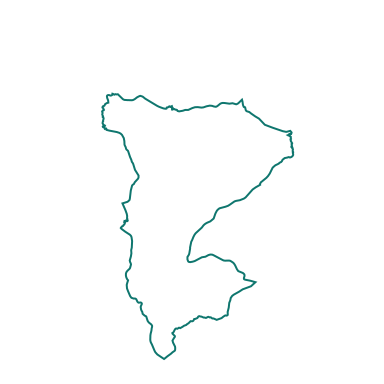 Nong Sung, Mukdahan, Thailand, rotated 238°
{"feature_id": "78962969B14563868158116", "entity_name": "Nong Sung", "entity_type": "district", "adm_level": 2, "iso_a3": "THA", "parent_name": "Thailand", "parent_adm1": "Mukdahan", "projection": "albers", "projection_center": [104.359, 16.434], "detail": "fine", "context": "isolated", "style": "outline", "palette": "teal", "viewbox_px": 384, "rotation_deg": 238, "n_neighbors": 0, "source": "geoboundaries", "source_scale": "gbopen_adm2", "svg_char_len": 6003}
<svg xmlns="http://www.w3.org/2000/svg" viewBox="0 0 384 384"><g transform="rotate(238 192 192)"><path d="M65.2,79.8L65.3,81.1L65.7,84.1L66.0,88.4L66.4,90.6L66.5,93.1L66.9,93.9L68.6,95.1L69.9,95.7L74.2,96.1L76.3,96.7L77.5,98.9L78.2,100.6L78.8,101.1L79.0,101.1L82.2,100.4L82.8,100.6L82.8,101.8L84.5,104.7L84.7,105.3L84.7,106.2L83.8,107.1L83.8,109.1L82.8,109.9L82.7,112.7L82.8,114.4L82.3,116.6L82.6,118.2L82.5,119.3L83.2,122.3L82.2,123.8L82.1,124.5L82.2,125.1L83.1,126.6L82.7,127.3L82.3,129.5L82.5,130.4L83.0,131.2L83.0,132.0L82.7,132.6L82.1,133.0L81.3,134.0L79.4,135.3L79.0,136.0L77.8,137.1L77.6,139.4L77.3,139.9L76.2,140.6L75.8,141.5L74.0,142.2L73.4,143.2L70.5,145.2L69.4,150.2L69.7,152.7L69.7,154.8L68.8,155.9L68.7,156.5L68.8,157.1L69.0,157.3L71.4,158.7L74.5,161.9L78.3,164.9L79.8,167.0L81.6,168.7L82.6,171.0L82.8,173.1L82.5,179.3L82.6,183.4L80.8,192.1L81.9,198.0L85.8,194.5L89.5,190.6L90.2,190.1L90.7,190.0L91.5,190.4L93.0,192.1L94.3,192.7L95.2,192.6L96.4,192.2L100.0,189.6L100.5,189.3L102.8,189.2L106.9,189.7L108.7,189.7L110.1,189.5L111.0,189.1L112.2,188.6L113.6,187.8L114.4,186.8L116.1,183.9L116.9,182.8L117.8,182.1L127.1,176.7L128.2,175.9L129.3,174.3L129.8,172.5L130.0,169.1L131.4,165.8L132.0,157.7L132.6,155.5L133.5,153.3L134.0,152.7L134.4,152.3L135.1,152.0L137.2,152.4L139.3,153.7L140.5,156.2L141.4,157.2L145.0,160.4L146.0,161.0L150.2,165.0L151.2,166.7L153.1,169.3L154.4,171.5L155.1,173.3L156.6,181.4L157.6,184.0L157.9,185.4L158.0,186.8L157.9,188.7L157.4,191.9L158.0,196.3L161.3,200.4L162.1,201.7L163.0,203.3L163.4,204.8L163.6,206.6L163.1,208.3L161.8,212.5L161.2,215.3L161.2,217.3L161.5,223.1L161.1,224.7L159.7,228.2L158.9,232.5L159.0,234.6L162.0,244.8L162.2,248.5L162.0,253.6L162.7,253.8L163.7,255.5L164.6,262.6L165.3,265.1L166.5,267.8L169.9,273.3L170.2,274.9L170.5,277.0L170.4,277.5L170.2,279.4L170.1,280.8L170.4,281.6L170.2,283.6L170.6,284.8L171.1,285.4L171.4,286.1L171.5,287.6L171.7,288.4L170.6,291.4L170.5,292.2L170.2,292.7L169.4,293.3L169.2,293.8L169.0,295.0L169.2,296.3L169.8,297.4L170.6,297.9L171.8,298.2L172.0,298.8L172.4,299.0L173.0,298.9L173.3,299.2L174.1,299.5L174.4,300.0L174.7,300.0L175.0,300.3L175.7,300.4L175.9,300.3L176.1,300.6L176.5,300.6L177.1,300.8L177.3,300.2L177.6,300.1L178.1,300.6L178.1,300.9L178.6,301.4L179.0,301.6L179.8,301.8L179.8,302.2L180.0,302.6L180.4,302.8L180.7,302.6L181.5,302.8L182.8,302.8L183.2,303.1L184.1,303.2L184.5,304.1L185.2,304.1L186.0,304.8L186.3,304.8L186.5,305.0L187.5,304.7L187.8,304.4L188.5,304.6L188.8,304.4L188.8,304.0L189.0,303.6L189.4,303.4L189.2,304.6L189.6,305.1L189.6,305.5L189.2,306.0L188.8,306.2L188.6,306.7L189.1,307.4L189.5,307.5L189.8,308.0L191.8,307.7L192.9,304.1L193.4,303.4L195.5,301.2L203.6,294.6L210.4,289.4L218.7,287.7L222.6,285.7L227.3,283.7L229.4,283.0L231.4,281.3L232.1,281.0L233.0,281.0L235.6,281.9L236.1,281.7L236.5,281.1L237.0,281.0L238.9,281.4L242.1,282.8L243.8,283.3L242.7,278.2L242.8,276.5L243.0,275.9L245.8,273.4L247.1,270.5L250.2,266.8L251.3,265.2L251.7,264.1L251.9,262.8L251.4,258.9L251.6,257.4L252.9,255.9L254.4,254.7L255.8,252.9L257.0,249.7L257.7,246.6L258.2,245.5L258.6,244.7L260.9,241.9L262.3,239.5L263.0,236.8L263.6,232.3L265.2,229.7L265.8,227.2L267.2,223.8L268.4,222.7L269.6,222.7L270.4,222.0L270.6,221.5L271.7,221.0L272.2,219.9L272.3,219.6L272.2,219.2L272.4,218.8L272.8,218.9L273.4,219.3L273.5,220.2L274.1,220.2L274.7,219.8L275.2,220.3L275.5,220.4L275.6,219.6L275.4,218.9L275.8,218.5L276.5,218.4L276.7,217.8L276.5,216.8L277.0,215.4L276.3,214.7L276.4,214.0L277.6,212.5L278.6,211.6L281.6,209.3L283.5,208.1L295.9,201.8L298.8,200.8L299.7,200.2L301.0,199.0L301.2,198.0L301.4,195.7L301.1,192.7L301.2,191.1L301.4,190.3L301.7,189.6L304.3,185.7L306.0,183.4L307.3,182.6L314.2,180.9L314.8,179.6L315.6,178.8L315.7,177.7L317.2,176.9L317.5,176.6L316.6,175.9L316.6,174.8L317.0,173.9L318.2,173.0L318.5,172.5L318.8,171.6L318.7,171.1L318.3,170.6L316.7,169.9L314.1,169.4L312.1,168.4L312.6,166.6L312.5,165.6L312.6,165.1L311.6,163.4L311.9,162.1L311.4,161.0L311.0,160.8L310.0,161.2L309.7,161.1L309.2,160.7L308.3,160.8L308.1,160.4L308.2,159.1L308.0,158.5L307.2,158.2L306.4,158.1L305.7,157.3L305.2,156.9L303.4,156.7L303.0,156.0L302.7,156.0L302.1,156.3L301.0,155.9L299.8,154.5L299.1,154.2L298.7,153.4L297.7,152.6L296.4,152.6L296.0,152.3L295.6,152.3L294.9,153.2L294.3,153.3L294.1,152.7L294.7,151.3L294.7,151.0L294.4,150.9L294.1,151.0L293.9,151.6L293.5,151.7L293.0,151.8L292.2,151.5L291.8,151.5L291.8,152.2L291.4,152.8L290.8,152.8L290.3,152.4L290.0,152.4L287.8,154.5L282.7,160.0L280.8,161.6L279.4,162.4L277.6,162.9L273.8,162.7L271.0,161.6L268.0,159.9L267.2,159.7L265.0,159.5L263.7,159.0L262.6,159.0L261.0,159.5L260.2,159.4L254.4,158.0L251.5,157.6L249.5,157.0L247.6,157.1L246.6,156.9L241.0,155.4L234.3,155.4L232.6,154.3L231.9,153.3L230.6,148.6L229.6,147.0L229.5,145.4L229.2,144.6L225.7,140.9L219.1,135.6L218.3,134.7L217.9,132.7L217.9,131.9L219.2,127.0L211.8,125.9L208.1,125.1L206.0,124.3L204.0,122.9L203.2,122.9L202.7,122.3L201.8,122.3L201.7,122.1L202.7,121.3L202.5,121.1L202.0,121.0L202.4,120.3L202.0,119.6L202.3,119.5L203.0,119.8L203.2,119.5L202.9,119.3L202.3,119.3L202.3,118.5L201.4,118.5L201.0,118.4L200.3,117.3L200.2,116.3L199.8,115.7L199.9,114.3L199.6,113.8L199.5,112.9L199.2,112.5L198.0,112.7L193.6,114.4L188.7,116.7L187.2,117.0L185.8,116.8L182.1,115.2L176.8,111.5L174.9,109.6L172.1,108.1L169.7,106.0L166.9,102.9L165.4,102.4L163.8,102.2L162.8,101.8L160.4,99.2L160.0,98.4L159.4,95.5L159.0,94.4L158.7,93.8L157.9,92.8L156.4,91.8L155.2,91.3L154.1,91.0L152.2,90.8L151.0,91.0L149.3,89.0L147.8,87.4L144.7,85.8L141.7,85.2L136.5,84.4L134.7,84.5L134.2,84.7L132.5,86.1L131.8,87.3L131.2,87.7L130.6,87.9L128.0,87.6L126.9,87.8L126.4,88.1L125.6,89.8L125.3,90.1L124.7,90.4L124.3,90.3L123.7,90.2L123.5,89.9L122.1,87.9L121.4,87.4L119.2,86.5L117.9,86.3L116.7,86.3L114.9,85.6L114.4,85.7L112.1,86.4L111.1,87.1L110.6,87.2L106.3,86.1L104.3,86.2L101.2,87.3L99.8,87.3L98.8,86.7L97.8,85.6L95.9,84.1L93.7,81.8L92.4,80.7L88.8,78.3L87.7,77.8L86.3,77.4L83.9,77.2L77.1,76.1L75.5,76.0L72.6,76.5L65.2,79.8Z" fill="none" stroke="#0f766e" stroke-width="2"/></g></svg>